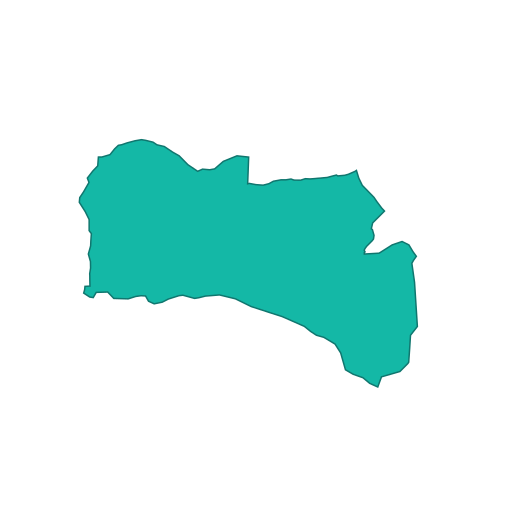 Lamurde, Adamawa, Nigeria (Natural Earth projection), rotated 34°
{"feature_id": "59680162B57364751970918", "entity_name": "Lamurde", "entity_type": "district", "adm_level": 2, "iso_a3": "NGA", "parent_name": "Nigeria", "parent_adm1": "Adamawa", "projection": "natural_earth1", "projection_center": [11.67, 9.557], "detail": "fine", "context": "isolated", "style": "filled", "palette": "teal", "viewbox_px": 512, "rotation_deg": 34, "n_neighbors": 0, "source": "geoboundaries", "source_scale": "gbopen_adm2", "svg_char_len": 1915}
<svg xmlns="http://www.w3.org/2000/svg" viewBox="0 0 512 512"><g transform="rotate(34 256 256)"><path d="M133.9,383.1L141.1,383.0L144.3,381.5L143.9,375.5L153.2,368.8L161.8,370.7L174.0,363.0L178.9,356.8L182.9,353.2L186.8,350.9L192.2,353.6L198.3,352.6L204.1,346.7L207.4,340.7L214.3,332.0L217.3,329.4L228.8,325.5L232.0,322.5L236.5,317.5L247.5,308.7L262.9,303.0L280.3,300.6L299.5,295.1L311.5,291.6L335.4,287.3L343.5,288.0L350.4,287.9L357.7,285.5L370.8,284.8L380.4,289.0L393.8,300.3L402.8,299.7L412.7,297.1L421.5,298.0L430.2,296.5L427.6,286.0L439.9,271.3L442.0,260.3L442.0,258.7L435.2,246.9L428.4,235.3L429.2,224.2L402.1,189.1L389.3,174.9L389.0,171.4L389.1,166.6L384.4,164.9L383.4,164.5L376.6,161.3L369.0,162.3L362.7,170.6L356.5,184.8L344.7,193.8L343.8,192.5L344.1,191.6L342.5,190.8L342.2,189.0L342.3,186.0L343.8,178.3L343.9,176.2L342.3,172.9L337.7,169.0L336.4,169.0L334.2,163.3L337.4,146.9L333.5,146.0L325.7,143.3L321.0,141.4L304.6,138.0L297.7,134.0L291.4,128.9L290.8,130.4L286.8,136.7L286.0,137.6L284.5,139.4L279.0,143.9L277.4,143.9L274.2,147.5L271.1,151.1L269.6,152.3L265.6,155.6L264.3,156.6L261.0,159.3L257.7,161.9L253.7,164.3L252.4,165.9L250.6,168.2L245.1,171.8L242.0,172.6L238.1,176.2L234.1,178.9L228.6,184.3L226.3,188.8L222.3,193.3L216.0,196.9L209.8,199.6L208.7,200.8L194.6,178.1L184.2,183.6L176.0,195.8L173.0,206.9L169.4,210.4L163.1,213.9L160.3,218.4L160.2,218.4L148.5,218.4L136.2,215.9L128.8,216.5L128.2,216.5L121.9,216.5L118.8,216.5L111.7,219.2L107.0,219.2L99.9,221.8L96.0,223.6L91.3,228.1L85.8,234.4L82.4,238.9L80.0,241.2L78.9,246.3L78.3,253.6L72.9,260.1L70.0,262.1L74.4,269.8L73.2,276.7L72.6,285.7L76.4,288.4L77.2,299.5L77.2,306.1L79.5,310.3L89.6,314.7L97.3,319.1L103.5,328.3L107.0,329.5L110.8,336.1L113.2,340.0L113.9,342.0L115.9,348.1L121.9,353.2L125.6,358.5L128.1,363.8L129.2,365.2L131.8,369.0L135.2,373.8L131.2,376.8L132.7,379.6L133.9,383.1Z" fill="#14b8a6" stroke="#0f766e" stroke-width="1.5"/></g></svg>